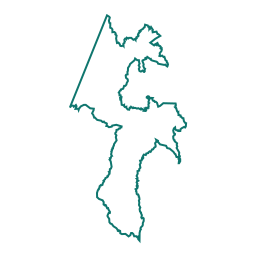 Itaituba, Pará, Brazil
{"feature_id": "56859067B66387525503702", "entity_name": "Itaituba", "entity_type": "district", "adm_level": 2, "iso_a3": "BRA", "parent_name": "Brazil", "parent_adm1": "Pará", "projection": "natural_earth1", "projection_center": [-56.242, -6.032], "detail": "fine", "context": "isolated", "style": "outline", "palette": "teal", "viewbox_px": 256, "rotation_deg": 0, "n_neighbors": 0, "source": "geoboundaries", "source_scale": "gbopen_adm2", "svg_char_len": 5905}
<svg xmlns="http://www.w3.org/2000/svg" viewBox="0 0 256 256"><path d="M69.9,107.5L71.6,105.5L73.2,105.7L73.8,106.7L75.9,105.0L76.5,106.2L75.5,108.9L78.2,108.7L78.6,109.9L79.0,108.7L80.8,106.4L83.8,104.9L85.8,104.9L90.2,108.3L93.8,108.7L93.6,110.2L92.1,113.3L93.3,115.0L94.2,117.6L94.8,117.5L97.2,119.9L101.2,120.7L102.5,122.0L103.9,121.6L104.3,122.4L106.6,123.3L106.9,123.8L106.4,126.0L107.5,126.0L108.7,127.1L109.5,127.1L111.8,126.6L112.2,125.6L116.3,124.8L121.6,126.4L121.4,127.4L120.5,127.4L119.8,128.6L119.0,128.5L118.0,129.6L116.5,129.9L116.3,131.8L115.3,133.1L115.3,134.0L116.4,135.3L115.8,137.1L116.6,140.4L114.0,144.2L113.9,145.7L113.3,146.2L113.0,148.2L112.3,148.4L112.5,149.1L111.7,150.0L112.0,150.7L111.3,151.5L111.6,152.1L111.1,154.3L111.9,155.8L111.4,155.9L110.7,158.1L109.9,158.2L110.2,159.3L109.6,159.7L110.7,161.3L111.6,166.8L110.9,168.6L109.9,169.1L109.7,171.9L109.0,172.0L109.6,173.2L109.5,173.8L109.0,174.0L108.0,176.2L107.4,176.2L107.3,177.2L105.4,178.1L105.1,179.2L103.5,180.7L104.0,181.3L102.7,183.4L102.5,184.8L101.3,185.4L100.8,185.1L99.6,186.3L99.6,187.5L98.7,188.7L98.8,189.4L97.9,190.1L97.0,192.9L97.1,197.2L99.1,199.0L102.6,200.3L103.7,202.1L103.6,204.5L104.8,205.4L105.2,204.9L105.8,205.1L107.1,208.2L108.1,208.1L108.4,209.4L110.0,212.0L109.8,213.0L108.7,212.9L107.5,215.5L107.6,216.4L109.2,218.8L109.4,222.2L110.5,223.6L111.8,224.0L113.5,226.3L116.3,228.1L117.5,229.6L117.8,230.9L118.4,231.1L119.0,230.4L120.1,230.9L120.3,233.3L121.9,234.1L125.5,233.9L128.6,236.4L130.3,235.2L131.1,233.0L132.2,233.0L133.3,234.0L134.2,236.3L136.2,236.2L137.0,237.1L137.9,236.6L138.2,239.1L139.5,240.6L139.6,232.9L140.2,230.3L140.9,229.3L140.5,228.5L140.8,227.5L142.5,225.8L142.8,224.9L142.8,223.1L143.7,221.0L143.7,218.4L143.0,217.8L141.8,218.3L141.3,217.5L141.9,215.2L140.9,213.0L141.0,212.5L140.0,211.5L139.6,209.0L140.3,207.6L139.0,205.0L139.3,202.7L138.9,200.4L139.5,199.3L139.2,197.2L138.7,196.8L138.8,196.0L138.2,194.5L137.5,194.6L136.7,193.9L136.4,191.4L136.0,191.1L136.3,189.6L135.7,189.1L137.3,188.2L137.7,186.8L137.7,186.3L136.9,186.7L136.6,186.0L137.4,183.7L136.6,182.5L137.0,181.5L138.2,180.8L137.2,180.1L137.4,179.4L136.9,178.9L137.5,178.8L137.5,177.7L136.6,176.0L137.7,173.7L137.5,171.1L139.2,170.6L139.2,169.1L140.4,167.7L139.8,164.5L140.8,162.9L140.1,160.7L141.5,160.5L142.0,158.4L142.5,159.0L143.3,157.9L143.0,156.0L143.8,154.6L145.8,155.0L146.3,153.5L148.2,153.1L148.3,152.5L149.6,151.4L150.6,151.9L152.1,149.4L153.1,149.3L154.2,147.6L155.5,146.8L155.7,146.1L155.1,143.2L156.0,142.0L156.8,141.8L156.1,139.7L158.0,140.8L157.9,141.8L160.1,144.4L166.1,145.8L167.2,148.1L169.6,148.6L173.5,151.9L174.8,153.9L175.4,154.1L176.5,157.0L178.3,156.9L178.6,159.1L179.2,159.4L178.7,163.2L179.1,163.2L180.2,161.3L180.2,159.0L179.3,157.9L179.9,156.2L179.0,155.1L179.2,152.5L176.6,147.9L177.3,146.5L176.7,144.9L177.1,143.3L174.7,141.3L174.6,140.2L173.8,139.8L173.3,138.3L173.2,136.4L174.3,134.9L174.9,134.7L175.0,133.9L173.7,132.8L173.2,130.5L173.9,128.4L175.1,127.4L175.3,129.2L176.2,130.2L178.1,130.3L178.0,130.9L178.9,131.1L180.3,131.0L180.5,129.3L181.6,128.3L184.1,126.9L185.1,127.5L185.8,126.5L186.1,123.2L185.0,122.8L183.9,121.1L183.4,118.2L182.4,118.2L181.2,116.7L180.6,116.7L180.5,115.4L178.6,115.1L178.8,114.4L178.3,113.8L178.3,112.1L178.0,112.3L177.2,111.4L176.2,108.5L175.5,107.7L176.0,107.7L175.3,106.0L175.9,105.2L175.6,103.5L163.3,103.2L160.1,105.9L158.2,106.7L157.0,102.8L155.7,101.7L154.8,101.9L154.1,100.8L153.3,100.9L152.5,99.9L152.2,98.8L152.7,98.0L151.3,97.9L150.3,98.4L148.9,96.5L148.0,96.2L146.8,96.9L146.7,97.6L148.3,98.6L149.1,99.9L148.5,101.6L148.6,102.9L149.1,103.1L148.4,104.3L148.7,106.8L147.7,107.5L147.9,107.8L146.7,107.8L147.0,108.3L145.1,108.3L146.2,110.2L145.7,111.0L143.5,110.8L143.8,109.9L141.2,108.4L140.8,109.5L138.2,108.2L137.0,108.6L135.3,107.9L133.1,108.1L133.1,107.5L131.8,107.6L131.0,106.8L130.4,107.8L129.7,107.7L129.2,109.7L127.7,109.5L126.2,107.6L126.3,106.7L124.8,107.0L124.1,106.1L124.1,104.9L123.4,105.3L121.7,104.8L121.1,99.5L120.3,99.6L120.1,97.9L121.4,97.8L121.5,97.2L120.9,97.2L120.6,95.3L119.5,95.3L119.3,92.9L118.8,92.6L119.8,90.9L120.8,90.4L120.8,89.5L123.2,88.7L124.1,85.9L125.3,85.9L126.4,84.6L126.7,83.1L127.9,81.0L127.7,79.3L126.0,77.8L125.7,75.4L126.2,74.7L127.6,74.4L127.4,71.8L127.9,70.9L128.0,67.9L129.5,65.7L130.1,64.0L134.5,60.3L135.1,58.5L137.2,60.2L138.9,60.2L139.2,62.9L139.6,63.6L138.7,65.4L139.7,67.1L138.8,68.9L139.5,71.0L140.9,71.6L142.7,70.5L143.5,70.9L143.7,71.8L144.3,71.9L144.8,71.1L144.5,70.0L145.1,68.8L144.1,68.0L143.3,66.0L143.7,64.4L142.4,61.0L142.6,60.4L145.2,59.3L145.3,58.7L145.7,58.7L145.5,57.9L146.2,57.7L146.6,58.3L147.3,56.9L150.2,59.0L150.8,58.9L150.9,59.8L152.1,60.5L156.6,61.7L157.6,62.5L158.1,63.7L164.2,64.9L165.6,64.6L166.2,65.7L167.3,66.5L167.5,66.2L168.0,64.4L167.4,62.7L166.9,62.4L166.7,61.0L165.5,60.2L164.4,56.8L163.5,57.0L162.2,55.6L160.4,56.2L159.4,55.9L159.9,54.7L159.7,53.2L161.4,51.1L161.8,49.7L161.4,49.3L161.7,48.3L160.5,48.2L160.8,46.9L160.2,46.1L159.2,46.0L158.3,44.6L157.9,44.9L157.4,43.0L156.0,43.8L156.0,45.0L154.8,44.5L154.1,45.4L150.3,42.7L155.3,38.8L160.3,35.9L158.5,34.2L157.5,34.0L156.5,31.6L152.7,32.3L152.4,30.3L152.9,29.9L151.1,27.1L150.3,28.5L149.9,28.0L149.3,28.9L149.2,26.7L148.3,26.8L147.8,25.5L145.1,24.7L144.6,27.3L143.7,27.7L143.2,28.7L139.8,30.8L140.5,31.4L139.3,32.7L139.1,32.4L138.3,33.7L137.9,34.9L138.5,35.3L138.3,36.3L136.4,37.2L136.2,37.8L136.6,38.4L135.5,39.3L135.5,40.0L134.7,39.1L133.4,39.8L131.3,37.9L128.9,37.9L128.3,38.5L126.8,37.7L126.4,38.8L126.1,38.3L125.1,38.6L124.3,39.9L124.8,41.3L124.5,41.4L124.5,42.8L123.4,43.6L123.5,45.8L123.1,45.3L121.9,46.1L120.4,45.9L119.3,43.3L118.6,43.2L118.3,42.6L117.0,43.0L116.1,38.5L116.6,35.5L115.4,34.5L115.7,33.8L115.3,32.8L114.3,32.0L112.4,32.2L112.4,29.4L111.6,28.3L110.2,27.7L110.3,23.2L109.4,22.9L108.9,20.7L109.8,17.6L109.3,16.8L107.0,15.4L69.9,107.5Z" fill="none" stroke="#0f766e" stroke-width="2"/></svg>